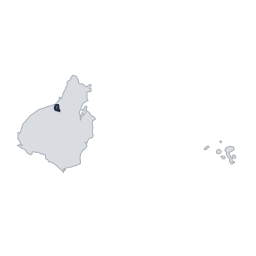 Logroño, Morona Santiago, Ecuador (highlighted), rotated 184°
{"feature_id": "8360857B64842407463110", "entity_name": "Logroño", "entity_type": "district", "adm_level": 2, "iso_a3": "ECU", "parent_name": "Ecuador", "parent_adm1": "Morona Santiago", "projection": "robinson", "projection_center": [-78.085, -2.764], "detail": "fine", "context": "in_parent", "style": "filled", "palette": "slate", "viewbox_px": 256, "rotation_deg": 184, "n_neighbors": 0, "source": "geoboundaries", "source_scale": "gbopen_adm2", "svg_char_len": 5188}
<svg xmlns="http://www.w3.org/2000/svg" viewBox="0 0 256 256"><g transform="rotate(184 128 128)"><path d="M237.1,102.9L236.3,103.4L234.5,103.7L233.1,103.1L232.5,103.1L232.4,103.7L234.3,105.0L235.2,107.5L236.5,108.9L237.3,109.7L237.4,110.2L237.1,111.2L237.1,112.0L237.5,115.7L237.2,115.9L236.2,115.9L235.4,115.3L233.2,124.4L226.3,133.5L218.4,140.0L209.3,143.8L202.7,146.4L201.6,147.3L198.3,151.9L198.2,152.4L198.6,153.2L198.7,153.7L198.2,154.0L197.8,154.0L197.6,153.8L197.4,153.2L197.0,152.7L196.5,152.5L196.2,152.6L196.2,153.1L195.5,155.6L195.5,156.8L195.2,157.3L195.2,158.4L194.5,159.4L194.0,161.0L193.5,161.5L192.7,164.1L191.7,166.7L191.7,167.5L192.0,168.2L192.1,168.7L191.6,170.2L189.3,171.8L188.7,172.5L188.4,173.4L188.6,174.1L188.5,174.7L187.8,174.9L187.0,176.4L186.4,176.7L185.0,176.2L183.9,176.2L183.0,175.8L181.4,173.3L180.8,171.9L180.6,169.9L178.9,168.6L176.8,168.9L176.2,168.5L174.6,167.6L173.3,166.7L172.3,166.2L171.5,166.4L170.2,168.0L169.0,168.8L168.5,168.7L167.7,168.2L167.6,167.7L169.4,164.9L168.1,164.8L167.6,164.2L167.5,163.5L167.3,162.8L167.6,161.9L168.3,161.4L169.3,161.8L170.1,161.8L170.6,161.0L171.5,160.3L171.7,159.9L171.2,158.5L171.1,157.8L171.2,157.4L171.2,155.9L170.9,155.3L170.8,154.5L170.6,154.1L170.5,153.0L169.8,152.5L172.0,151.5L172.8,150.8L173.8,150.1L174.6,149.0L175.2,148.0L176.5,143.3L177.7,140.3L177.5,138.8L176.5,136.9L176.2,134.0L176.3,133.2L176.2,132.5L175.5,133.7L175.7,137.9L175.1,139.8L174.3,140.3L173.7,139.9L174.0,136.9L173.4,137.4L172.4,139.5L170.8,141.0L170.7,141.6L170.3,142.2L169.1,141.6L168.1,141.0L165.0,137.5L162.9,136.8L161.7,135.6L161.4,135.1L161.3,134.4L162.5,133.6L163.8,132.7L164.0,130.5L163.9,128.8L163.0,126.0L163.4,122.2L163.2,120.7L162.1,117.6L162.9,116.0L165.8,114.9L166.7,114.1L167.4,111.6L168.0,110.1L169.3,110.7L170.3,110.7L169.0,110.1L167.8,107.9L167.7,106.8L169.8,103.8L170.9,103.0L172.3,101.4L173.5,98.9L173.8,95.1L173.3,92.3L172.9,89.4L173.6,88.7L175.4,88.3L176.8,87.3L177.6,86.5L179.3,86.6L181.2,85.3L184.4,84.6L188.8,83.0L189.8,81.7L189.3,79.3L191.0,80.7L191.7,81.9L194.0,83.2L196.6,85.5L198.4,86.6L200.3,87.7L203.1,88.8L204.8,88.6L205.5,90.3L206.1,90.9L207.7,91.4L207.9,91.7L208.5,94.9L208.9,95.3L210.2,95.8L211.9,96.0L212.6,95.9L214.1,96.8L216.4,97.5L217.2,97.6L217.6,97.5L217.8,97.2L218.4,97.2L219.4,97.6L220.9,97.7L221.8,97.3L222.0,95.6L222.3,95.2L223.3,94.5L223.9,94.6L226.6,96.1L227.1,96.5L227.8,97.5L229.1,99.0L230.5,99.9L232.6,100.3L234.7,101.9L237.1,102.9ZM23.6,100.9L24.4,101.9L24.9,104.7L27.6,107.6L27.9,109.2L27.7,110.0L27.8,110.3L29.1,111.4L29.9,112.6L28.5,115.5L25.5,116.7L22.3,116.7L21.7,116.3L20.8,115.3L20.6,114.3L21.1,113.4L22.8,112.0L25.3,110.7L25.6,109.7L24.6,108.8L23.9,106.9L22.3,105.6L21.5,101.6L21.0,101.4L19.9,102.0L19.3,101.5L19.2,101.2L20.4,100.3L20.7,99.7L22.4,99.4L23.1,99.9L23.6,100.9ZM36.1,112.9L35.4,113.0L33.4,111.5L33.5,110.1L34.3,109.1L37.0,108.6L38.1,109.5L38.0,111.2L37.1,112.5L36.4,112.7L36.1,112.9ZM172.4,146.2L172.1,146.8L170.8,146.8L170.5,146.6L170.8,143.8L171.1,142.9L172.2,142.0L173.0,141.6L174.1,141.7L175.3,142.5L173.9,143.9L172.9,144.3L172.4,146.2ZM21.5,108.2L20.2,108.5L19.1,108.0L18.6,107.2L18.5,106.0L18.6,105.6L21.1,105.1L21.9,106.2L21.9,107.6L21.5,108.2ZM48.4,115.1L46.8,115.7L45.9,115.1L45.8,114.7L46.7,113.8L47.5,113.3L48.3,112.2L49.7,111.6L50.1,111.7L50.4,111.9L50.5,112.3L50.0,113.2L49.2,113.8L48.4,115.1ZM32.9,106.3L32.3,106.8L29.8,106.3L29.0,105.4L29.6,104.2L30.2,103.7L31.7,104.2L33.2,105.5L32.9,106.3ZM35.0,121.5L34.4,121.6L33.7,120.9L34.2,119.7L35.3,120.4L35.6,120.8L35.0,121.5ZM188.7,82.3L187.9,82.5L187.6,81.7L188.5,80.9L188.8,80.7L188.7,82.3Z" fill="#d9dde1" stroke="#a8b0b8" stroke-width="1"/><path d="M200.5,140.9L200.5,141.0L200.4,141.0L200.3,140.9L200.2,140.9L200.3,140.8L200.2,140.8L200.3,140.8L200.2,140.7L200.0,140.4L199.9,140.3L199.8,140.2L199.7,140.2L199.5,140.3L199.4,140.4L199.4,140.5L199.4,140.8L199.2,140.9L199.1,140.7L199.0,140.8L198.9,140.8L198.8,140.7L198.7,140.5L198.6,140.4L198.4,140.6L198.2,140.4L198.1,140.2L197.9,140.1L197.8,139.9L197.7,139.8L197.5,140.0L197.4,140.2L197.4,140.3L197.5,140.3L197.5,140.5L197.6,140.8L197.5,141.0L197.8,141.2L197.8,141.3L198.0,141.5L198.1,141.8L198.2,142.0L198.3,142.2L198.3,142.3L198.4,142.5L198.5,142.6L198.8,142.6L199.0,142.6L199.3,142.8L199.5,142.9L199.4,142.9L199.4,143.1L199.3,143.3L199.3,143.5L199.2,143.6L199.2,143.9L199.1,144.0L198.9,144.1L198.7,144.2L198.7,144.3L198.7,144.5L198.8,144.5L198.8,144.8L198.7,144.9L198.7,145.0L198.8,145.1L198.9,145.4L198.9,145.5L199.0,145.7L199.1,146.0L199.3,146.3L199.5,146.3L199.8,146.2L200.0,146.1L200.3,146.0L200.5,146.1L200.8,146.2L201.0,146.0L201.2,145.9L201.3,145.8L201.5,145.9L201.6,145.7L201.8,145.6L202.0,145.6L202.0,145.4L202.1,145.2L202.1,144.9L202.2,144.7L202.2,144.4L202.1,144.2L202.3,144.0L202.2,143.9L202.2,143.7L202.3,143.7L202.2,143.7L202.3,143.5L202.3,143.4L202.2,143.4L202.3,143.3L202.2,143.3L202.2,143.2L202.2,142.9L202.3,142.8L202.2,142.7L202.3,142.6L202.2,142.5L202.3,142.5L202.3,142.4L202.2,142.4L202.3,142.3L202.3,142.2L202.3,141.9L202.3,141.7L202.2,141.4L202.1,141.1L201.9,141.1L201.7,141.1L201.4,141.0L201.2,140.8L201.1,140.7L201.0,140.8L200.9,140.8L200.7,140.9L200.5,140.9Z" fill="#64748b" stroke="#1e293b" stroke-width="1.5"/></g></svg>